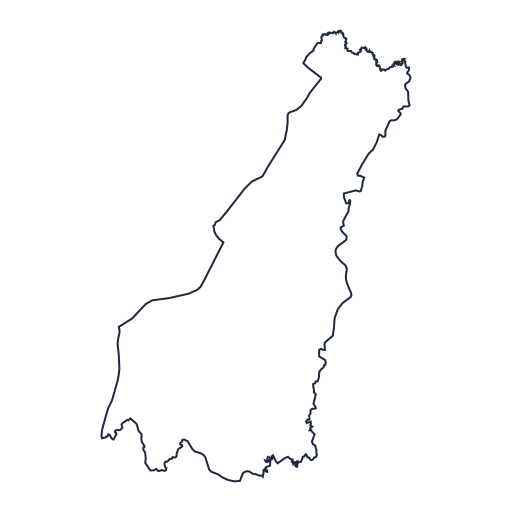 the district of Pa Tio, Yasothon, Thailand
{"feature_id": "78962969B66944967065262", "entity_name": "Pa Tio", "entity_type": "district", "adm_level": 2, "iso_a3": "THA", "parent_name": "Thailand", "parent_adm1": "Yasothon", "projection": "equal_earth", "projection_center": [104.435, 15.866], "detail": "fine", "context": "isolated", "style": "outline", "palette": "slate", "viewbox_px": 512, "rotation_deg": 0, "n_neighbors": 0, "source": "geoboundaries", "source_scale": "gbopen_adm2", "svg_char_len": 5946}
<svg xmlns="http://www.w3.org/2000/svg" viewBox="0 0 512 512"><path d="M315.9,408.0L313.5,403.6L315.8,394.4L313.8,392.2L314.1,390.7L313.2,386.1L313.2,383.9L314.8,383.4L315.9,381.3L317.0,381.6L317.9,380.9L319.0,376.6L319.2,372.3L320.6,369.9L323.6,367.2L324.3,364.9L325.5,364.7L325.7,362.7L325.3,360.2L319.1,356.4L319.2,349.9L320.8,348.8L323.7,350.0L325.0,349.8L324.5,344.7L324.9,342.4L332.8,335.8L333.9,328.5L334.6,318.3L337.7,309.4L342.4,303.2L350.6,297.0L351.4,295.3L351.2,293.3L347.1,283.7L346.1,279.8L345.8,275.9L346.8,269.8L346.4,266.9L345.2,265.1L340.5,261.1L337.0,256.7L336.1,255.1L335.5,251.7L335.8,249.4L337.6,246.5L345.9,240.1L346.6,238.6L346.5,236.1L341.8,231.3L340.5,228.2L340.8,227.4L343.8,225.7L343.2,222.3L343.3,220.9L348.4,211.3L348.7,208.2L349.9,204.1L350.3,200.8L350.1,200.2L349.5,200.1L348.6,202.9L347.9,203.4L346.1,203.2L344.0,197.3L343.8,193.5L355.9,190.4L359.5,191.5L360.8,191.0L362.3,185.7L362.7,181.5L364.3,177.6L360.2,175.8L358.1,175.8L357.2,173.7L362.0,164.5L368.8,153.5L372.9,149.7L376.6,142.6L379.3,134.5L380.8,134.9L382.7,136.8L384.8,136.6L385.5,134.7L385.3,130.8L389.8,121.0L390.9,120.3L394.1,120.3L397.0,119.3L400.7,114.3L400.5,113.1L398.3,110.9L398.6,109.7L402.3,108.8L402.7,107.4L403.6,106.4L408.1,106.5L409.5,105.4L408.4,100.4L408.1,91.6L405.5,88.3L405.1,85.4L405.7,83.8L409.0,81.5L410.6,77.7L409.2,74.8L407.2,73.6L407.2,72.5L408.8,70.4L409.0,67.8L408.6,67.4L407.1,67.9L406.0,66.9L405.1,63.0L405.4,61.5L404.1,60.8L404.6,59.3L403.9,59.6L403.6,58.9L402.0,59.4L402.5,60.7L401.6,61.3L402.2,61.5L402.7,63.0L402.3,63.7L401.5,63.9L401.4,64.9L401.0,65.2L400.4,64.4L398.9,64.6L399.3,63.9L400.0,64.2L399.2,62.9L399.8,61.3L398.4,62.5L397.8,61.5L396.6,62.1L396.9,63.1L397.7,63.4L397.6,64.1L397.0,64.3L396.0,63.2L395.0,63.4L394.8,62.1L394.2,62.7L394.2,64.3L393.4,64.3L393.2,65.4L393.6,65.7L392.9,65.7L392.8,66.4L392.2,66.1L392.2,66.8L389.6,67.4L388.8,68.8L386.7,69.3L385.2,70.6L383.7,69.4L381.9,69.6L381.9,70.4L380.9,70.8L380.4,70.1L380.8,69.3L380.2,69.3L379.9,66.9L379.1,65.4L378.7,65.4L378.8,66.1L377.7,65.6L377.3,66.2L376.3,65.4L376.2,63.0L377.1,62.4L376.6,61.8L377.0,61.3L376.8,59.8L376.2,59.5L375.9,60.4L375.5,59.6L374.2,59.0L374.4,57.7L373.7,57.0L374.4,56.1L373.4,55.7L373.6,55.0L373.1,55.0L373.0,54.1L372.3,53.6L372.6,52.6L371.4,52.0L370.4,52.2L369.5,50.6L369.1,51.9L368.6,51.9L368.6,51.2L367.8,51.7L366.5,50.7L366.1,49.4L366.6,49.2L366.5,48.5L365.7,47.9L365.3,48.4L365.1,47.4L364.5,48.0L361.6,47.6L361.0,48.8L361.2,49.9L360.4,49.9L360.8,50.5L360.2,50.7L360.2,52.0L358.1,52.7L357.8,54.4L357.4,54.1L356.8,54.5L355.9,53.8L354.4,54.1L353.6,53.1L351.8,52.4L350.9,51.0L347.9,50.9L347.1,49.4L347.4,48.8L346.8,48.8L346.2,47.5L345.4,47.8L345.8,46.3L345.1,45.9L345.1,44.4L346.2,44.1L346.6,42.6L345.3,41.9L346.3,39.2L345.8,39.0L345.8,38.2L344.4,37.9L343.8,37.1L342.8,34.4L343.3,34.2L343.2,33.5L341.5,32.8L341.7,32.2L340.7,30.7L339.3,31.9L339.5,30.9L338.5,30.8L338.0,32.3L335.8,32.5L335.7,33.4L334.1,31.7L332.8,33.3L332.0,32.7L329.6,33.4L329.4,32.5L328.1,32.7L327.7,33.3L327.9,34.4L327.1,34.3L327.2,34.9L326.0,34.9L325.1,34.2L323.4,34.3L323.3,35.0L322.8,34.6L321.3,37.0L321.9,40.5L321.3,40.8L320.9,43.0L317.7,42.9L313.7,48.6L313.5,50.6L310.0,53.0L306.2,57.3L305.3,59.7L303.3,63.1L308.2,67.8L321.0,77.6L321.0,78.8L309.9,92.7L306.8,98.2L301.5,105.8L296.2,110.0L289.4,112.4L288.4,113.4L287.6,115.3L287.6,122.9L286.8,129.9L284.7,140.0L268.4,165.9L263.3,174.9L262.1,176.6L252.0,181.4L244.7,188.6L226.4,212.1L219.4,220.4L215.8,222.1L214.7,225.0L213.4,225.9L214.4,231.6L216.2,235.3L219.1,238.8L223.4,242.4L203.8,281.0L200.4,287.0L197.1,289.9L188.5,293.7L169.1,298.1L152.3,300.3L145.8,304.0L132.0,318.6L118.8,326.9L119.4,329.4L119.5,332.7L118.4,337.5L117.6,343.8L118.8,355.3L119.4,369.5L118.6,375.4L117.4,381.5L112.7,398.1L111.7,401.1L108.3,407.9L105.8,416.2L102.2,429.5L101.4,435.8L101.9,438.2L106.0,437.3L106.7,436.3L107.5,436.3L108.2,434.4L108.8,434.3L109.9,435.2L111.5,438.4L113.5,439.5L116.5,433.9L116.3,433.1L115.2,432.6L115.2,430.6L117.2,430.0L119.9,430.2L122.4,427.8L121.5,424.5L122.8,422.9L127.3,419.9L128.3,420.4L130.4,418.4L136.3,423.6L137.1,425.2L138.4,430.6L141.6,434.3L141.4,439.4L141.8,441.8L144.5,446.2L144.4,447.0L143.4,447.4L143.3,448.3L143.4,449.9L145.0,452.4L145.4,454.7L145.7,458.3L145.3,462.9L150.3,470.4L153.8,470.4L156.2,468.9L157.8,470.8L159.5,471.0L161.8,470.0L164.5,470.9L165.9,470.3L166.3,469.6L166.3,468.1L165.6,467.8L164.6,465.1L164.5,463.2L165.4,461.7L167.3,461.7L169.7,459.0L171.9,458.7L172.6,457.1L175.0,457.6L175.9,457.2L176.6,456.0L176.5,454.3L178.1,449.3L182.2,446.4L181.8,445.0L180.3,444.6L180.2,443.1L181.7,442.1L182.5,439.7L184.3,439.6L187.5,441.1L192.4,449.1L194.8,451.5L200.6,453.2L203.7,455.1L205.3,457.3L209.1,469.4L210.9,471.5L218.1,474.4L222.8,477.6L228.2,480.0L234.0,481.3L239.9,481.0L242.6,473.8L243.8,472.5L246.6,471.2L249.3,471.5L252.9,473.8L255.8,474.1L259.2,475.6L261.9,475.6L262.8,476.6L263.6,472.3L263.4,470.4L264.6,469.2L265.8,471.4L267.1,471.8L267.1,470.4L265.6,468.7L265.8,467.2L270.1,465.6L270.2,460.4L269.2,460.3L268.4,461.5L266.9,462.2L265.5,461.4L265.2,460.5L266.1,461.0L267.5,460.5L267.3,458.6L267.8,457.0L268.7,457.5L269.8,457.3L270.3,457.8L270.2,458.8L271.7,459.6L272.2,458.9L271.9,456.2L273.0,455.3L276.0,461.6L277.6,463.3L285.5,457.7L288.1,456.8L290.2,458.8L292.2,459.5L291.6,460.4L291.9,461.9L292.2,462.2L292.8,461.0L293.3,464.0L294.6,462.1L295.8,462.5L296.2,463.9L295.4,464.3L295.3,465.9L296.9,466.9L297.4,465.7L297.0,461.4L297.8,461.2L298.2,462.6L301.1,461.7L302.9,456.8L304.3,456.4L305.6,454.3L306.4,454.5L307.2,456.9L309.5,457.9L309.7,459.0L311.3,460.1L312.7,459.7L314.3,457.4L315.8,457.2L317.0,455.1L316.4,453.0L316.4,449.7L315.0,445.3L312.9,444.1L311.9,441.6L314.6,434.4L311.7,431.4L311.3,430.2L309.6,430.3L310.2,429.1L310.2,428.0L312.3,426.6L310.3,425.3L310.9,423.8L310.7,421.6L306.8,423.0L306.1,421.4L307.5,419.6L309.0,419.7L309.5,419.1L309.1,415.4L310.5,413.5L310.6,410.1L312.0,408.8L315.0,408.7L315.9,408.0Z" fill="none" stroke="#1e293b" stroke-width="2"/></svg>